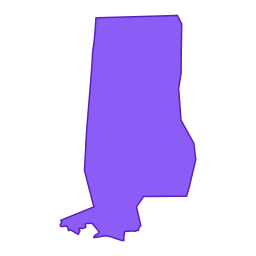 outline of Qantara Gharb, al-, Al Isma`iliyah, Egypt
{"feature_id": "37247803B15873621471618", "entity_name": "Qantara Gharb, al-", "entity_type": "district", "adm_level": 2, "iso_a3": "EGY", "parent_name": "Egypt", "parent_adm1": "Al Isma`iliyah", "projection": "orthographic", "projection_center": [32.205, 30.739], "detail": "fine", "context": "isolated", "style": "filled", "palette": "violet", "viewbox_px": 256, "rotation_deg": 0, "n_neighbors": 0, "source": "geoboundaries", "source_scale": "gbopen_adm2", "svg_char_len": 1522}
<svg xmlns="http://www.w3.org/2000/svg" viewBox="0 0 256 256"><path d="M96.0,17.8L94.9,32.8L94.3,40.0L92.7,51.5L92.4,56.2L92.2,60.9L91.7,68.1L90.7,81.0L86.5,132.1L84.5,170.6L85.3,173.4L88.9,187.7L93.9,206.8L91.6,207.8L63.3,219.3L60.8,220.3L61.8,222.2L60.3,224.6L60.2,224.8L60.5,226.1L61.8,226.7L63.9,226.3L66.5,226.1L67.8,227.6L68.1,229.3L68.5,230.5L69.1,230.5L69.7,230.2L70.4,229.9L71.6,230.5L73.2,231.4L75.1,232.7L78.3,234.3L79.7,231.1L79.9,230.8L79.6,230.3L79.2,229.8L78.9,228.9L79.2,228.5L80.2,228.4L81.1,228.5L82.1,228.5L84.6,227.9L85.5,227.2L85.9,226.9L85.8,226.6L85.4,225.0L85.2,224.1L86.5,223.4L90.0,223.4L92.2,223.4L93.2,224.6L94.3,226.0L97.1,229.3L98.9,231.6L99.2,232.0L98.9,232.6L98.6,233.2L96.6,234.4L95.7,234.8L95.1,235.5L94.5,235.8L94.2,236.1L93.9,237.1L93.9,237.5L95.8,237.4L99.8,236.7L103.4,236.1L105.6,235.8L107.4,236.1L110.6,236.7L121.8,240.5L123.8,240.6L124.0,240.0L123.6,239.9L123.6,238.3L123.9,237.2L124.5,232.0L125.9,231.3L134.2,231.0L135.3,231.4L136.6,230.5L138.4,230.4L138.6,228.5L139.0,228.1L139.1,227.8L139.3,227.1L139.4,226.9L139.8,226.2L140.6,226.2L140.8,225.9L139.6,220.2L138.8,216.9L138.5,215.6L138.1,214.1L137.3,210.7L136.9,209.1L136.7,207.8L136.7,207.1L136.7,206.6L137.2,205.9L139.5,202.4L140.5,201.0L143.5,196.5L155.5,196.4L157.4,196.4L182.0,196.2L186.6,196.2L189.2,187.1L195.8,159.4L195.6,158.1L193.8,143.2L187.8,132.5L181.0,120.1L178.6,88.4L181.1,73.0L181.3,48.6L181.7,24.0L177.3,15.4L163.9,15.9L163.0,15.9L96.2,17.8L96.0,17.8Z" fill="#8b5cf6" stroke="#5b21b6" stroke-width="1.5"/></svg>